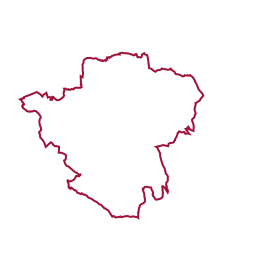 Españita, Tlaxcala, Mexico (Equal Earth projection), rotated 328°
{"feature_id": "50627088B92802360326073", "entity_name": "Españita", "entity_type": "district", "adm_level": 2, "iso_a3": "MEX", "parent_name": "Mexico", "parent_adm1": "Tlaxcala", "projection": "equal_earth", "projection_center": [-98.438, 19.441], "detail": "fine", "context": "isolated", "style": "outline", "palette": "rose", "viewbox_px": 256, "rotation_deg": 328, "n_neighbors": 0, "source": "geoboundaries", "source_scale": "gbopen_adm2", "svg_char_len": 5695}
<svg xmlns="http://www.w3.org/2000/svg" viewBox="0 0 256 256"><g transform="rotate(328 128 128)"><path d="M67.7,194.9L68.9,194.9L69.2,195.1L69.6,195.8L69.7,196.7L70.5,197.5L73.9,198.9L74.9,199.1L75.1,200.0L75.7,200.4L76.7,200.6L80.0,201.9L81.0,202.5L83.0,204.7L84.5,205.3L85.2,205.4L85.4,205.8L86.3,206.4L88.7,208.7L89.0,209.5L89.2,209.0L90.9,206.8L91.7,205.1L92.1,205.2L94.6,202.0L95.0,201.6L95.8,201.3L97.0,200.0L98.5,199.7L101.5,199.9L102.9,199.6L103.3,199.3L104.9,197.0L105.3,195.3L106.8,192.7L107.9,188.2L108.3,187.4L108.9,187.9L109.8,187.2L111.0,186.9L111.8,187.2L113.1,188.1L114.2,189.3L115.4,190.2L115.7,190.7L116.0,190.9L115.8,191.2L115.4,192.7L115.2,195.3L115.0,196.2L114.5,196.9L114.1,196.8L113.9,197.0L113.8,197.7L113.4,198.1L113.2,198.8L113.5,199.8L113.5,203.0L113.7,203.5L114.7,204.2L115.8,204.3L116.7,204.9L118.0,205.1L120.3,205.1L120.6,204.6L121.5,203.9L122.3,202.6L123.2,201.8L124.0,199.6L124.4,199.1L124.7,198.3L125.6,196.8L126.0,195.8L126.5,195.6L127.0,196.4L127.5,198.6L127.5,203.7L128.1,203.2L128.8,201.8L129.1,198.4L129.9,198.3L130.1,196.6L130.9,195.3L131.5,194.9L131.9,194.4L132.4,194.4L133.7,193.9L134.5,192.8L135.2,191.3L136.1,190.4L136.3,189.0L135.9,186.4L136.5,185.5L137.0,183.3L137.7,181.7L137.7,179.2L138.1,176.8L139.2,172.5L140.5,168.6L141.3,167.4L141.9,166.2L141.8,165.4L142.2,163.7L142.1,162.9L142.4,160.4L142.4,159.9L141.9,158.9L148.9,161.2L152.4,164.7L154.1,162.9L155.0,162.9L158.6,164.3L159.5,164.2L160.4,163.5L161.4,163.4L161.9,162.5L164.2,161.3L165.9,160.1L166.8,159.4L167.4,158.6L168.5,158.6L169.4,157.9L169.9,158.2L170.7,159.5L172.0,160.8L173.1,160.8L173.4,161.0L173.7,161.5L173.5,163.2L174.7,163.9L175.9,163.9L176.4,165.1L176.8,165.5L176.7,164.5L176.4,163.9L176.7,162.2L176.3,161.0L176.4,159.5L177.1,160.0L178.1,159.4L178.5,159.5L178.6,159.8L178.8,159.1L179.9,158.9L179.8,161.2L179.0,161.1L179.8,161.7L180.8,163.8L182.0,165.1L182.2,164.6L183.8,162.7L185.2,160.2L185.6,159.0L186.1,156.3L186.6,155.0L186.9,154.7L188.3,154.5L189.1,154.1L190.0,154.0L190.6,153.6L190.9,153.1L191.7,152.3L192.9,151.9L194.1,148.0L194.6,147.0L197.4,144.4L198.3,143.3L198.5,142.6L199.2,142.8L204.0,142.6L204.7,141.8L209.0,140.5L209.3,138.2L208.6,134.8L208.4,132.8L209.4,126.8L209.4,124.4L209.6,123.2L209.9,122.9L209.8,118.9L208.8,116.9L208.8,116.2L208.2,115.9L207.3,115.9L206.5,114.8L205.6,114.7L204.1,113.3L203.2,113.7L202.1,113.4L201.5,113.0L201.1,112.0L199.4,109.5L197.3,107.8L197.0,107.1L197.2,105.2L196.8,103.9L195.6,101.8L195.8,101.4L195.6,101.1L195.7,100.3L195.3,100.2L194.5,100.4L192.9,99.9L188.1,95.5L187.8,95.8L185.5,95.7L184.0,94.7L182.5,94.6L181.2,94.9L179.8,92.5L179.2,90.3L177.6,88.3L177.7,87.8L178.6,86.7L179.1,85.2L181.2,81.0L182.9,76.4L182.3,75.8L181.6,74.7L181.4,73.1L178.6,73.2L178.0,74.1L177.0,74.9L176.2,75.0L174.3,73.2L173.7,73.2L173.6,72.9L174.3,69.9L174.2,69.6L173.4,69.3L173.1,69.7L172.7,69.8L172.0,69.5L171.3,69.5L170.8,68.9L170.5,67.9L170.0,67.3L169.4,67.1L168.2,65.3L167.1,64.6L166.2,63.6L164.5,62.7L162.8,60.9L160.5,60.3L159.9,61.3L159.0,60.2L158.6,60.4L155.4,58.9L153.9,58.8L152.6,58.3L151.6,58.7L150.4,58.4L149.5,58.7L149.4,58.0L148.9,57.5L148.0,57.7L147.5,57.1L146.9,57.4L146.3,58.2L146.4,58.8L146.0,58.6L145.5,58.6L145.2,59.0L144.8,59.3L144.3,58.2L143.4,58.1L143.0,58.2L142.7,58.0L142.3,58.0L142.0,57.7L142.0,56.9L140.7,56.7L140.5,56.4L140.5,55.7L140.3,55.3L139.3,54.7L138.8,54.1L138.2,52.4L137.7,51.7L136.7,51.5L135.0,50.6L133.8,49.1L132.9,48.4L131.4,47.7L130.6,47.0L129.1,46.8L126.4,47.1L125.6,47.9L124.6,49.4L122.9,50.2L121.8,52.5L120.8,53.8L118.9,57.7L118.5,58.1L117.4,59.7L116.5,60.2L116.3,60.7L115.3,59.0L111.9,65.0L111.6,66.3L111.0,66.2L110.3,68.8L109.0,68.5L108.6,68.6L108.2,68.1L106.9,67.5L106.4,66.9L104.6,66.0L103.2,65.8L102.2,66.4L100.9,65.0L99.7,65.1L99.3,64.8L99.0,64.9L98.4,64.4L98.0,63.6L97.7,63.8L96.9,63.3L96.4,62.6L95.8,61.3L95.1,61.3L94.7,61.0L94.7,61.4L94.5,61.9L93.9,62.6L93.5,62.6L92.4,63.9L91.6,64.5L91.1,66.2L90.0,67.3L86.3,67.8L84.4,67.7L83.1,67.2L82.2,66.3L81.8,65.2L81.0,62.0L80.7,61.7L79.5,63.3L78.3,63.9L77.2,63.0L79.0,61.2L76.7,59.5L76.2,59.6L77.4,54.9L72.6,55.2L72.2,56.9L71.4,52.8L70.9,51.5L70.3,50.6L69.8,49.2L63.9,48.2L56.4,46.7L55.9,46.8L55.5,47.5L54.2,46.8L53.6,47.4L53.0,47.4L52.7,47.3L52.3,46.6L51.7,46.5L52.1,47.4L52.2,49.9L52.5,50.8L52.5,52.5L52.2,52.9L51.6,52.4L51.2,52.4L50.6,53.1L50.5,53.4L49.9,53.3L49.6,54.1L49.6,55.4L50.2,57.2L50.9,58.4L50.9,59.3L51.1,59.9L51.4,60.3L51.7,60.9L52.9,61.5L53.5,62.4L54.7,62.5L55.7,63.3L56.3,63.5L57.3,63.4L58.2,64.4L58.9,64.8L59.7,68.2L59.8,69.1L60.0,69.6L59.9,70.1L60.0,71.6L59.5,73.0L57.9,73.6L56.0,75.9L54.8,78.7L54.3,81.3L53.7,82.6L53.7,83.2L52.5,84.0L50.9,84.1L50.8,84.6L50.0,85.1L50.1,85.8L49.9,86.8L48.6,89.4L49.3,93.7L49.2,96.2L48.7,98.6L48.4,99.7L48.3,100.5L54.9,99.2L55.1,99.9L55.7,100.7L55.6,102.6L56.5,104.8L57.6,105.4L58.2,106.1L58.8,106.4L59.6,107.4L56.2,112.2L58.8,114.1L60.7,117.1L60.9,118.2L60.7,118.8L58.6,121.5L57.8,121.8L56.6,121.7L55.8,124.6L55.7,127.0L56.2,128.1L57.1,129.1L57.4,129.8L59.4,136.6L61.0,139.6L61.8,141.5L62.3,142.0L63.0,142.2L63.0,142.5L61.0,143.0L60.4,142.7L58.7,141.2L55.7,142.9L54.3,143.2L53.0,143.1L50.8,142.7L50.2,142.2L49.2,140.5L48.8,140.6L48.6,140.8L48.1,142.6L48.3,143.3L47.2,145.4L46.8,146.1L46.4,146.3L46.1,147.1L47.0,149.1L47.3,148.9L47.7,148.1L48.2,148.3L49.1,150.5L49.6,152.4L49.7,152.7L50.4,153.0L50.8,153.7L50.9,154.6L50.7,155.2L50.7,156.0L52.5,158.1L52.6,158.8L53.2,159.1L54.2,158.9L54.3,159.6L55.1,161.0L55.4,161.3L56.1,161.5L56.4,162.4L57.4,164.1L57.4,164.4L57.2,165.3L58.2,167.0L59.6,168.8L60.6,171.4L62.5,174.8L63.2,177.5L64.3,178.6L64.8,180.2L64.8,181.4L65.4,182.2L65.3,183.0L65.3,183.5L66.3,184.5L66.6,185.6L67.6,187.4L67.7,191.5L67.6,193.1L67.7,194.9Z" fill="none" stroke="#9f1239" stroke-width="2"/></g></svg>